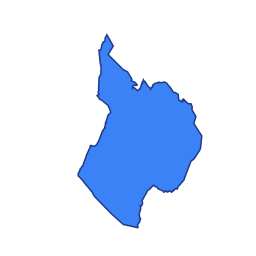 Rendalen nor, Hedmark, Norway, rotated 61°
{"feature_id": "86288312B88288048958724", "entity_name": "Rendalen nor", "entity_type": "district", "adm_level": 2, "iso_a3": "NOR", "parent_name": "Norway", "parent_adm1": "Hedmark", "projection": "natural_earth1", "projection_center": [11.219, 61.807], "detail": "fine", "context": "isolated", "style": "filled", "palette": "blue", "viewbox_px": 256, "rotation_deg": 61, "n_neighbors": 0, "source": "geoboundaries", "source_scale": "gbopen_adm2", "svg_char_len": 5261}
<svg xmlns="http://www.w3.org/2000/svg" viewBox="0 0 256 256"><g transform="rotate(61 128 128)"><path d="M137.3,61.2L136.1,63.4L133.2,64.6L132.5,64.7L130.1,65.3L129.9,65.4L129.7,65.5L129.8,65.7L130.8,66.3L131.1,66.3L130.8,66.7L130.3,67.0L130.1,67.0L131.4,68.0L128.1,70.0L124.8,68.6L122.9,67.8L120.3,69.3L120.1,69.5L119.9,69.7L119.7,69.8L119.6,70.0L119.4,70.1L118.9,70.7L118.9,70.8L118.7,71.0L115.0,71.2L114.4,71.2L113.2,71.3L111.5,71.7L109.8,72.1L107.8,72.4L107.3,72.6L106.3,73.3L105.8,73.5L105.7,73.6L105.7,73.8L105.4,74.0L105.3,74.4L105.3,74.5L105.2,74.5L105.1,74.8L105.2,75.0L103.9,78.1L102.8,78.7L102.8,79.4L102.8,80.2L102.9,80.3L102.0,82.7L102.2,83.9L102.5,85.7L103.9,86.5L104.0,88.7L105.0,89.4L101.9,90.0L100.0,90.4L98.3,90.4L98.1,90.4L98.1,90.5L97.6,90.6L96.8,90.6L96.7,90.6L96.8,90.7L93.9,91.2L93.4,91.2L95.2,92.9L95.9,93.8L95.3,93.8L98.5,97.2L98.8,97.6L99.2,97.9L99.3,98.0L99.4,98.6L99.6,99.2L99.7,99.5L99.6,100.2L99.6,100.3L99.7,101.4L99.9,101.6L99.4,101.9L98.6,102.1L98.0,102.3L97.3,102.4L97.0,102.6L96.1,102.9L95.5,103.0L95.3,103.5L95.3,104.1L95.3,104.4L95.3,104.6L95.5,104.9L95.3,104.9L95.1,104.9L94.8,104.6L94.5,104.2L94.3,104.0L94.0,103.9L93.6,103.3L93.4,102.8L93.4,102.4L93.5,102.1L94.3,100.7L94.6,100.5L94.6,100.3L94.5,100.1L94.5,99.9L94.6,99.7L94.8,99.4L94.9,99.2L94.5,99.1L92.1,99.6L91.5,99.9L90.9,100.0L90.7,100.3L88.1,102.3L87.7,101.7L87.4,101.2L86.8,100.9L78.6,101.2L74.5,103.9L54.1,109.8L49.2,101.2L36.2,101.2L38.1,104.2L38.6,104.7L40.1,105.4L41.0,106.7L40.7,107.7L42.2,110.1L44.4,112.1L46.4,113.7L45.8,115.7L57.4,120.7L61.8,122.1L63.1,122.8L65.9,124.6L66.5,124.7L67.8,125.8L68.9,127.6L69.8,128.8L78.4,134.1L79.1,134.6L80.8,135.2L81.2,135.8L81.7,136.4L82.3,136.9L84.6,136.9L84.6,137.1L84.5,137.3L84.4,137.5L84.4,137.9L84.5,138.5L84.5,139.1L84.7,139.4L87.2,138.9L88.9,138.9L89.6,138.5L91.0,137.5L92.2,136.9L93.3,136.6L98.8,134.4L99.8,134.6L101.6,134.8L105.0,135.3L105.9,135.5L106.5,137.0L106.9,138.6L107.3,139.5L110.6,142.8L112.3,144.9L112.5,144.8L112.4,145.0L112.5,144.9L112.5,145.0L113.0,145.5L113.4,145.7L113.6,145.8L113.8,145.9L113.9,146.0L114.0,146.1L114.2,146.3L114.4,146.4L114.5,146.6L114.8,146.7L115.3,147.2L115.6,147.3L115.8,147.4L115.9,147.5L116.0,147.6L116.3,147.6L116.2,147.8L116.3,147.9L116.3,148.0L116.6,148.1L116.4,148.2L116.6,148.3L116.7,148.5L117.1,149.1L117.2,149.7L117.3,150.0L118.1,151.4L118.3,151.2L118.4,151.3L118.6,151.7L118.7,151.9L118.7,152.1L118.9,152.4L119.0,152.8L119.4,153.3L120.1,154.0L120.4,154.3L120.5,154.3L120.7,154.6L120.8,154.9L121.3,155.2L121.3,155.3L121.5,155.4L121.8,155.9L122.2,156.3L122.3,156.5L122.8,157.1L123.0,157.4L124.3,158.9L124.9,159.7L125.0,159.8L125.2,160.0L125.3,160.3L125.6,160.7L125.9,161.1L126.2,161.6L126.3,161.8L126.4,162.1L127.5,163.4L127.6,163.7L127.6,164.0L127.5,164.4L127.5,164.8L127.6,165.3L127.5,165.7L127.5,165.9L127.4,166.4L127.4,166.6L127.3,166.9L127.1,167.2L126.8,167.4L126.3,168.1L126.0,168.3L125.7,168.3L125.7,168.5L125.7,168.8L125.3,169.2L125.2,169.3L125.4,169.5L125.6,169.8L125.8,170.1L126.2,170.2L126.6,170.4L126.7,170.5L126.8,170.9L126.9,171.0L127.0,171.2L127.1,171.3L127.7,171.9L127.7,172.1L127.9,172.5L128.1,172.7L128.3,173.1L128.6,173.3L128.7,173.6L130.0,175.3L131.4,177.2L133.4,179.3L134.3,180.4L134.6,180.7L134.8,181.0L136.7,183.2L137.3,183.8L137.8,184.6L139.0,185.3L139.3,185.5L139.2,186.2L139.2,186.5L139.3,186.8L139.3,187.0L140.9,189.4L140.7,189.9L141.2,190.2L141.8,190.7L142.2,191.5L142.5,191.7L142.6,191.9L142.6,192.0L142.8,192.3L143.0,192.6L143.2,192.8L143.6,193.5L144.0,193.9L145.4,194.5L145.7,194.7L146.0,194.8L146.5,194.4L151.9,193.1L154.6,192.7L158.4,192.1L161.1,191.4L162.0,191.3L167.1,190.4L168.1,190.5L168.4,190.3L168.7,190.5L171.5,190.5L195.0,184.1L209.2,179.2L210.2,178.8L216.0,172.1L219.8,168.0L219.7,167.3L219.2,167.3L218.7,167.2L217.9,166.7L217.3,166.5L217.0,166.2L216.9,165.8L216.6,165.0L216.2,164.5L216.1,164.1L215.8,163.4L214.6,162.3L213.6,161.0L212.4,161.5L211.9,161.0L208.2,159.9L207.4,158.5L206.1,157.7L205.9,157.0L204.6,156.1L204.4,155.8L203.0,155.2L202.0,155.1L202.6,154.7L202.2,152.9L201.0,151.8L199.6,151.2L198.1,150.9L197.8,149.9L196.7,148.3L194.1,144.1L193.8,143.4L192.2,141.4L192.2,140.7L191.9,138.1L191.3,136.5L191.1,135.8L190.6,134.3L190.5,133.8L190.4,133.6L190.8,133.1L191.5,133.1L192.1,132.8L192.8,132.2L193.1,131.9L193.2,131.7L193.4,131.6L194.3,131.3L195.4,131.2L196.0,131.1L196.3,130.9L196.5,130.7L197.1,130.1L197.8,129.6L198.0,129.5L198.4,129.2L198.8,128.8L199.5,128.3L199.9,128.1L200.6,128.1L201.0,128.0L201.4,127.9L201.5,127.8L201.5,127.7L201.6,127.1L201.6,126.9L201.5,126.6L201.3,126.1L201.2,125.8L201.2,125.6L201.4,125.4L201.9,125.2L202.2,125.2L202.6,125.1L203.1,124.5L203.3,124.2L203.2,123.9L202.9,123.6L203.0,123.3L203.1,123.0L203.5,122.1L204.1,121.7L204.4,121.5L204.7,121.3L205.2,121.0L205.3,120.8L205.3,120.4L205.1,120.2L205.1,119.8L204.9,119.6L204.4,119.3L204.3,119.1L204.5,118.7L204.9,118.4L204.9,118.0L204.6,117.6L204.5,117.4L204.2,116.9L204.1,116.6L204.2,116.4L204.3,116.1L204.2,115.9L204.7,115.3L204.7,115.0L204.8,114.9L204.9,114.7L205.2,114.4L205.2,114.2L204.9,113.9L204.0,113.6L200.6,104.3L197.2,100.5L189.0,90.7L187.7,89.2L187.0,85.1L182.0,75.7L180.7,74.3L170.7,67.3L165.2,67.7L155.8,68.2L151.0,63.1L143.7,63.2L142.1,62.7L140.7,61.6L137.3,61.2Z" fill="#3b82f6" stroke="#1e3a8a" stroke-width="1.5"/></g></svg>